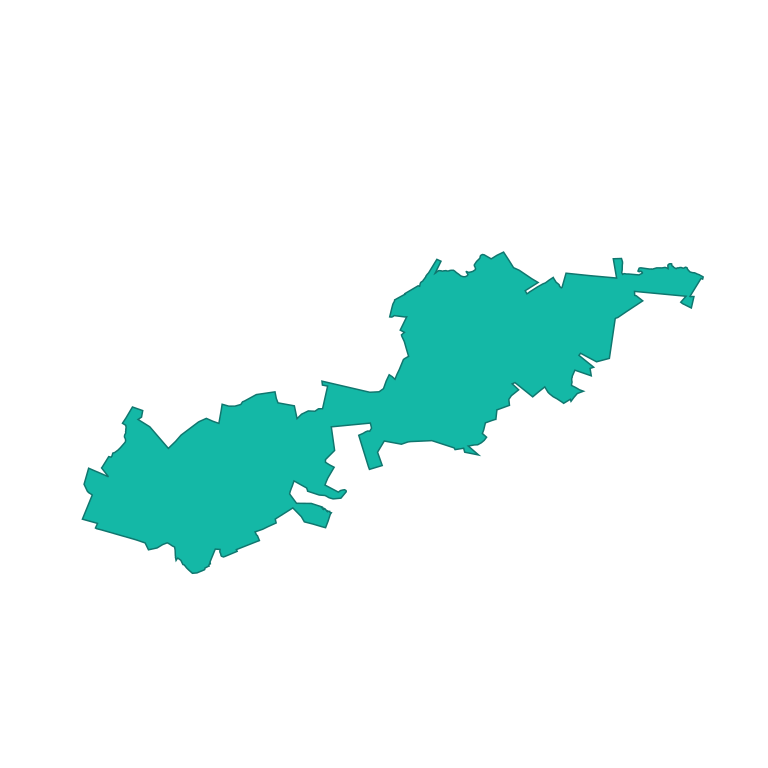 the district of La Independencia, Chiapas, Mexico, rotated 328°
{"feature_id": "50627088B70315927175396", "entity_name": "La Independencia", "entity_type": "district", "adm_level": 2, "iso_a3": "MEX", "parent_name": "Mexico", "parent_adm1": "Chiapas", "projection": "orthographic", "projection_center": [-91.79, 16.214], "detail": "fine", "context": "isolated", "style": "filled", "palette": "teal", "viewbox_px": 768, "rotation_deg": 328, "n_neighbors": 0, "source": "geoboundaries", "source_scale": "gbopen_adm2", "svg_char_len": 6119}
<svg xmlns="http://www.w3.org/2000/svg" viewBox="0 0 768 768"><g transform="rotate(328 384 384)"><path d="M693.2,474.1L691.9,473.2L690.2,472.4L689.8,471.9L708.8,462.5L709.8,463.9L711.0,462.8L711.4,462.2L709.7,459.3L709.4,458.6L707.7,456.4L707.0,455.2L706.1,454.1L704.8,453.2L703.1,451.4L702.8,450.7L702.3,448.1L702.3,447.2L702.6,446.2L702.2,445.4L701.7,444.8L700.7,444.6L699.8,444.6L699.0,444.3L697.9,442.8L697.2,442.3L696.1,441.8L695.1,441.6L694.5,441.1L694.0,440.9L692.9,441.0L691.7,439.0L691.5,438.1L691.5,437.5L691.1,437.1L690.9,436.1L691.6,434.6L691.3,434.2L689.9,433.4L688.8,433.3L687.8,433.6L687.2,434.4L686.8,435.5L686.0,436.7L685.4,435.5L684.1,434.0L681.3,432.9L676.8,430.0L672.1,428.7L671.8,428.2L670.1,427.2L663.9,422.0L662.7,421.2L661.7,421.0L659.2,422.8L659.7,423.8L660.1,424.1L660.6,424.2L660.9,424.0L661.5,424.4L662.0,425.1L661.8,425.4L662.2,426.3L662.0,426.8L661.6,426.9L658.0,426.6L649.8,420.4L647.9,419.2L646.1,417.6L644.5,417.5L644.6,415.6L644.9,415.1L645.4,414.7L646.5,413.4L649.2,409.3L650.3,408.0L651.0,406.8L651.9,403.4L644.8,399.3L637.4,417.4L615.6,400.9L597.1,386.5L586.2,396.4L585.3,396.4L584.8,394.8L584.7,394.1L585.1,393.0L584.9,391.8L583.9,388.9L583.9,384.4L584.0,383.3L578.8,383.4L574.5,383.8L571.8,383.3L565.6,383.0L555.7,383.1L555.1,383.3L553.0,383.2L553.2,379.7L568.5,379.6L565.1,373.0L559.0,359.3L555.5,354.0L555.5,345.1L555.3,335.5L548.0,334.7L542.3,334.7L541.2,334.6L537.4,327.5L536.4,326.6L536.0,326.3L534.4,326.2L533.5,326.5L532.2,327.9L531.6,328.2L527.5,329.1L523.9,330.7L523.5,331.1L523.2,331.9L523.2,333.2L522.9,333.8L522.8,334.7L522.3,335.2L522.0,335.4L520.9,335.5L520.0,335.5L519.3,335.6L516.9,335.0L516.2,334.6L515.5,334.6L515.1,334.4L513.5,332.3L513.2,332.4L513.2,335.7L512.5,336.1L511.7,336.3L510.0,336.1L509.3,335.8L508.5,335.3L507.5,334.4L506.4,333.0L505.5,330.4L504.4,327.8L503.9,326.0L503.2,324.4L501.5,323.3L500.0,322.6L499.0,322.5L497.3,321.6L496.6,320.6L495.9,320.4L494.9,319.8L493.2,319.2L492.6,318.4L490.8,317.0L490.1,316.8L489.3,316.9L488.6,316.8L487.0,317.2L486.0,317.2L497.4,310.1L494.9,306.3L480.7,313.4L478.8,313.9L477.0,314.6L476.2,315.1L475.6,315.7L474.9,315.7L473.2,316.5L472.6,316.6L471.8,317.1L471.3,317.2L469.2,317.3L468.2,317.8L466.0,320.0L465.0,318.8L449.6,318.4L449.6,319.0L437.6,318.3L436.6,319.5L435.8,319.8L433.8,321.0L430.3,324.3L424.4,330.1L425.6,331.1L426.8,331.5L427.9,331.5L428.9,331.4L437.1,338.1L438.8,339.1L426.3,346.9L428.7,351.0L424.8,351.6L424.4,353.1L423.7,358.8L421.5,366.4L419.5,373.6L415.4,373.4L413.5,373.5L404.7,379.8L400.1,382.7L395.8,385.8L394.8,382.1L393.3,378.9L387.5,382.6L381.2,387.6L380.9,387.7L380.3,387.7L375.7,388.0L367.6,383.5L332.9,348.7L331.2,352.3L335.1,355.9L318.8,372.4L315.3,370.3L311.0,370.5L305.5,366.7L298.1,365.9L291.9,367.3L296.4,355.0L284.1,343.8L285.0,339.2L287.4,332.9L270.1,325.3L256.4,324.5L255.0,324.2L254.5,324.2L251.7,325.5L245.9,323.8L240.7,320.6L236.0,315.4L232.4,319.6L223.1,329.9L219.2,325.0L215.1,319.0L207.8,318.0L206.4,317.9L184.8,319.8L176.9,322.2L167.0,324.3L162.7,296.2L156.6,283.7L160.8,283.6L165.3,278.7L158.5,270.2L147.3,276.0L141.4,278.7L143.1,282.2L142.2,284.3L141.0,285.6L140.5,286.6L139.8,287.2L139.0,288.7L137.1,289.8L136.4,290.5L135.8,291.4L135.6,293.5L135.3,294.2L134.8,295.2L133.7,296.2L126.8,298.3L123.3,299.1L119.3,299.4L117.4,298.9L115.0,301.0L113.8,301.4L112.1,299.7L101.3,305.0L100.0,305.5L101.2,316.7L88.9,298.9L76.5,310.1L75.6,317.8L76.0,319.7L77.2,322.0L77.3,322.5L77.6,322.9L77.7,323.6L56.6,338.8L67.2,350.4L63.0,353.2L63.7,354.5L66.9,357.8L91.1,384.7L97.2,392.2L96.4,399.8L104.7,402.8L111.2,402.9L116.0,403.8L117.3,406.0L118.7,409.2L120.0,411.3L118.8,414.3L116.1,419.0L115.8,420.0L115.4,420.2L114.2,423.4L116.1,422.5L116.5,422.3L116.9,422.4L118.3,425.8L117.8,430.5L118.6,431.4L118.9,433.0L119.1,435.2L119.8,438.2L121.2,443.0L125.3,445.1L133.4,446.4L133.9,446.1L134.6,445.2L138.1,445.5L138.6,445.5L139.0,445.7L139.1,445.2L139.3,445.0L139.7,444.9L140.2,444.3L140.9,444.4L141.0,444.2L141.5,444.4L141.9,443.5L141.7,443.3L142.2,442.7L153.4,434.6L157.3,437.4L155.8,439.4L155.5,441.5L154.9,443.1L154.9,443.9L156.2,445.6L157.9,446.0L170.8,448.1L171.0,446.2L195.4,450.7L196.3,445.5L195.9,444.4L196.3,441.1L204.2,442.9L210.1,443.5L218.9,444.7L220.2,440.9L241.0,440.8L243.6,452.7L243.4,458.7L249.5,465.1L255.6,472.0L258.3,474.9L264.0,470.6L269.3,466.1L271.1,465.3L270.1,464.3L270.5,463.3L269.0,462.1L268.5,462.4L268.2,461.9L268.8,461.6L267.9,459.9L267.9,458.9L267.5,458.1L267.0,458.3L266.8,458.0L266.2,458.3L265.9,457.7L266.6,457.3L266.7,456.3L266.3,455.5L265.7,455.8L265.6,455.5L266.1,455.2L259.1,446.8L246.6,438.8L245.7,427.2L247.4,425.5L250.3,423.2L252.0,422.0L256.3,418.5L263.3,431.2L263.0,432.2L263.0,432.9L262.4,434.4L270.2,443.8L274.9,447.3L275.8,448.8L277.0,451.1L277.9,452.2L279.8,454.3L280.8,454.9L287.0,458.0L294.8,455.4L295.2,454.8L295.3,454.2L294.6,452.8L292.8,452.0L290.6,451.3L288.0,451.5L280.4,438.4L283.3,436.2L286.5,434.0L297.6,428.2L294.8,423.4L292.9,419.4L294.3,417.1L306.9,414.2L316.6,392.4L351.7,409.9L350.5,413.6L349.9,415.0L346.8,416.5L346.2,415.9L345.2,415.2L342.9,414.8L340.1,414.8L335.4,414.1L327.0,445.8L326.4,448.7L339.3,452.2L342.4,438.4L354.0,432.5L366.9,444.3L373.5,445.8L376.0,446.9L394.6,457.4L409.6,475.3L409.5,477.3L417.5,480.7L416.3,484.6L426.6,494.3L422.6,481.3L428.2,483.5L431.3,485.2L435.4,485.4L439.1,484.9L442.8,483.5L441.2,478.1L444.2,475.8L449.4,470.7L456.0,472.1L459.6,473.0L460.1,473.3L466.1,465.7L467.0,466.0L476.9,468.1L479.1,468.6L481.7,463.2L485.8,461.4L495.1,460.3L492.8,451.8L495.8,452.2L503.3,473.7L510.9,472.6L518.8,471.7L518.7,478.0L519.2,480.1L520.7,484.4L522.9,488.3L525.6,494.2L526.1,495.6L533.9,495.7L533.4,497.8L538.0,496.0L542.9,494.5L549.3,495.8L546.6,492.3L546.2,491.4L544.3,487.9L542.3,484.7L542.6,484.1L543.3,483.2L544.5,482.0L545.0,480.7L546.1,478.8L547.0,478.2L548.0,477.0L551.1,474.9L553.2,473.4L564.1,486.9L567.0,480.0L570.7,480.9L564.5,463.0L567.0,462.1L576.0,477.8L588.7,481.7L614.7,451.1L615.5,451.0L617.4,451.5L618.0,451.5L627.9,451.1L647.5,450.6L644.7,442.9L643.6,441.7L645.5,438.2L686.6,469.6L679.0,471.9L679.8,474.1L684.9,482.4L693.2,474.1Z" fill="#14b8a6" stroke="#0f766e" stroke-width="1.5"/></g></svg>